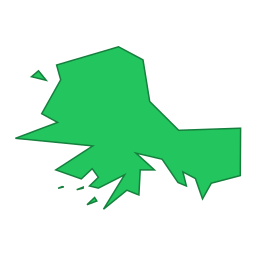 an SVG outline of Hwanghae-namdo
{"feature_id": "PRK-3304", "entity_name": "Hwanghae-namdo", "entity_type": "Province", "adm_level": 1, "iso_a3": "PRK", "parent_name": "North Korea", "parent_adm1": "", "projection": "robinson", "projection_center": [125.529, 38.191], "detail": "coarse", "context": "isolated", "style": "filled", "palette": "green", "viewbox_px": 256, "rotation_deg": 0, "n_neighbors": 0, "source": "natural_earth", "source_scale": "10m", "svg_char_len": 688}
<svg xmlns="http://www.w3.org/2000/svg" viewBox="0 0 256 256"><path d="M240.3,175.6L211.3,183.2L202.5,198.9L195.4,178.5L182.9,171.9L186.4,186.0L178.0,182.5L162.1,159.2L135.9,153.1L154.4,169.9L140.2,169.9L138.9,195.0L126.9,190.2L103.5,209.2L124.6,174.8L98.4,188.1L89.5,186.0L98.4,177.3L92.2,168.7L81.3,178.9L55.8,169.9L92.8,145.9L15.4,138.3L57.6,122.4L41.7,113.7L60.7,79.8L56.6,65.0L118.5,46.8L143.0,59.9L149.7,101.5L178.7,130.3L240.6,128.2L240.3,175.6ZM38.5,70.8L46.2,80.3L31.5,76.7L38.5,70.8ZM94.6,197.5L96.8,201.0L87.0,204.7L94.6,197.5ZM83.1,188.2L76.7,189.7L83.2,187.1L83.1,188.2ZM62.1,186.6L63.8,186.9L58.1,188.3L62.1,186.6Z" fill="#22c55e" stroke="#15803d" stroke-width="1.5"/></svg>